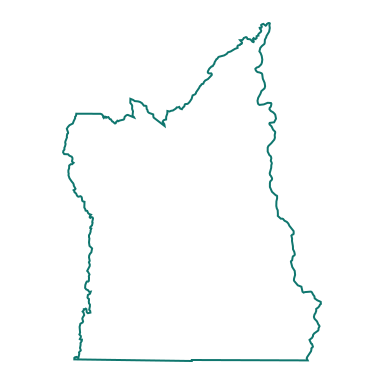 Rondolândia, Mato Grosso, Brazil (Natural Earth projection)
{"feature_id": "56859067B82212830929298", "entity_name": "Rondolândia", "entity_type": "district", "adm_level": 2, "iso_a3": "BRA", "parent_name": "Brazil", "parent_adm1": "Mato Grosso", "projection": "natural_earth1", "projection_center": [-60.996, -10.314], "detail": "fine", "context": "isolated", "style": "outline", "palette": "teal", "viewbox_px": 384, "rotation_deg": 0, "n_neighbors": 0, "source": "geoboundaries", "source_scale": "gbopen_adm2", "svg_char_len": 5843}
<svg xmlns="http://www.w3.org/2000/svg" viewBox="0 0 384 384"><path d="M191.8,361.0L191.8,360.0L307.7,360.4L306.7,358.3L307.1,357.2L311.0,351.3L311.4,349.6L311.3,348.8L311.7,347.9L312.5,347.4L312.9,346.6L312.0,344.0L311.1,343.5L309.5,339.9L312.1,337.8L313.0,336.1L313.0,335.1L314.1,333.5L318.1,330.6L318.5,329.8L318.5,328.4L319.5,326.3L319.2,325.4L318.4,324.6L317.0,321.4L314.5,318.7L313.9,316.9L314.5,314.4L315.3,313.4L316.2,311.0L316.2,308.9L318.3,307.4L319.5,305.8L319.9,304.7L320.9,303.9L320.7,301.8L317.3,300.3L314.7,298.4L314.4,296.3L313.1,294.6L311.9,292.3L310.9,291.6L304.9,292.1L303.6,292.6L302.5,291.7L301.4,286.7L297.8,285.3L294.2,281.0L293.9,280.2L294.1,278.4L295.1,274.9L294.7,270.9L292.3,267.1L290.9,261.7L291.2,261.0L292.1,260.4L292.7,256.9L293.0,256.3L294.5,255.3L294.8,254.3L294.3,251.9L293.0,249.2L292.9,246.2L292.0,240.9L292.1,238.7L291.4,235.6L292.4,234.6L293.4,234.3L293.7,233.3L293.6,231.1L289.4,225.8L288.3,223.5L286.8,221.9L284.5,220.7L283.1,219.0L282.4,218.7L280.8,218.7L277.8,215.9L277.9,214.2L277.7,210.2L276.8,208.4L276.3,206.0L276.4,201.4L277.1,198.4L277.1,196.0L276.6,195.5L275.8,195.3L272.0,191.8L269.9,187.0L269.9,183.2L270.2,181.5L271.8,179.8L272.1,178.9L272.0,178.1L271.0,176.1L270.0,174.9L269.7,173.2L271.2,167.9L271.3,165.2L271.8,163.6L271.7,162.7L270.8,160.8L271.3,158.3L271.1,157.1L270.7,156.2L269.4,155.1L267.7,151.6L267.7,147.6L268.4,146.0L271.3,143.2L274.3,139.6L274.9,137.7L274.7,135.0L275.2,132.8L275.1,131.7L273.1,129.7L271.5,126.3L269.6,124.5L269.4,123.5L269.7,122.9L274.1,122.3L276.0,118.7L275.3,115.0L274.7,113.9L273.1,112.3L270.8,111.0L269.5,109.3L269.6,108.1L270.8,106.6L271.1,105.5L271.4,103.9L270.9,103.0L267.7,102.8L263.8,104.4L259.5,104.9L258.4,104.2L257.9,103.1L257.5,100.8L258.2,97.8L260.4,93.9L261.4,91.1L264.5,88.4L265.1,86.4L265.0,85.3L264.6,82.8L262.8,78.7L262.2,74.2L261.6,73.3L259.7,72.5L257.6,72.1L256.5,71.3L255.5,69.7L255.4,68.7L256.8,67.5L258.7,66.9L261.2,64.4L261.9,62.6L262.3,59.6L261.7,55.9L260.6,53.1L259.4,51.4L260.3,47.9L261.8,46.1L264.3,44.0L264.7,42.9L264.9,39.7L266.2,37.3L266.4,36.2L269.1,31.7L269.8,28.0L269.4,25.3L269.8,23.4L269.1,23.0L268.3,23.1L266.9,24.0L266.3,25.3L265.7,25.7L263.3,23.9L262.1,24.3L261.1,25.1L261.8,26.7L261.5,27.5L260.9,28.1L260.3,27.7L259.7,27.8L259.9,28.7L260.8,29.7L261.2,30.7L261.0,31.7L258.7,33.8L258.1,34.9L258.4,35.6L256.6,36.2L256.6,38.1L255.9,38.4L255.6,39.1L254.6,38.8L253.7,38.1L253.0,38.9L253.8,41.4L253.5,42.1L252.5,41.8L250.8,39.8L250.0,39.3L247.5,39.0L246.8,37.5L246.0,37.1L243.8,38.0L243.0,39.4L242.1,40.1L240.1,40.2L242.0,42.5L241.9,43.4L241.4,44.0L240.4,44.1L240.0,44.9L238.0,45.5L237.4,46.3L237.6,47.9L234.9,48.9L230.6,51.5L228.0,52.3L226.7,53.9L224.2,55.4L218.9,56.8L218.2,57.3L217.3,58.8L216.5,59.1L214.6,62.3L214.3,63.8L213.7,64.4L213.0,65.8L212.4,66.3L211.6,66.4L210.3,67.7L209.3,68.7L207.9,71.3L207.8,72.3L208.3,73.1L209.2,73.4L211.3,73.4L211.8,74.2L211.7,75.1L207.9,79.1L205.2,80.5L203.9,82.1L203.3,83.7L201.6,84.2L200.9,85.4L199.9,86.2L199.2,87.8L196.1,92.3L195.8,93.5L194.9,94.4L192.6,95.4L191.6,98.9L189.6,101.9L188.1,103.5L187.4,103.9L185.2,104.1L184.6,105.0L184.3,106.4L182.9,107.6L181.9,109.2L180.2,108.6L179.2,106.9L178.0,107.4L176.7,107.4L175.8,108.6L172.9,110.5L171.1,110.8L169.5,111.5L167.4,111.0L167.3,113.6L166.2,116.7L166.1,119.5L164.3,119.9L163.3,120.6L162.7,121.8L164.3,124.2L164.6,126.0L153.7,117.6L153.4,116.9L153.2,114.4L149.3,113.0L148.3,112.3L147.7,111.4L147.5,110.1L146.7,109.0L146.4,106.2L145.8,105.8L143.9,105.7L142.0,103.2L140.1,102.0L138.1,101.4L134.8,101.1L133.1,99.9L130.4,98.8L130.3,102.9L131.7,104.6L132.2,105.8L132.1,108.9L133.0,111.3L132.5,115.8L133.8,116.9L134.1,117.5L127.8,114.9L126.8,115.1L126.0,115.6L124.7,116.8L124.2,118.9L123.6,119.6L119.4,120.6L118.5,121.2L117.4,120.7L116.9,121.5L116.2,121.9L115.7,123.2L115.0,123.5L113.6,122.4L113.1,121.8L112.2,121.4L110.8,119.3L109.8,119.1L108.4,117.1L107.4,117.4L106.8,117.1L106.1,117.7L105.6,116.8L104.9,116.6L103.8,118.0L103.2,117.2L103.0,115.7L101.8,114.3L100.5,113.8L76.3,113.7L76.0,115.8L75.1,116.8L75.1,118.3L73.8,120.9L72.8,123.5L69.5,125.2L67.9,127.0L66.8,128.8L68.1,132.5L68.0,133.4L67.2,134.0L66.8,136.3L67.0,137.3L65.4,141.4L65.2,142.9L65.6,143.9L65.1,146.1L64.4,147.7L64.4,149.6L63.4,150.8L63.1,152.4L64.2,154.1L68.1,154.3L69.4,155.7L71.7,156.7L72.4,157.9L72.5,159.1L72.0,161.0L72.1,161.7L73.6,162.8L72.1,164.2L70.8,164.2L69.2,165.5L69.1,168.3L68.4,170.3L68.4,172.4L68.7,173.4L68.5,175.3L69.5,178.3L71.6,181.4L73.2,183.3L73.7,184.5L73.8,185.7L75.5,188.8L75.1,189.4L73.6,190.2L74.4,191.3L74.5,192.2L76.1,193.5L76.9,195.4L77.7,196.4L78.5,196.7L80.5,196.2L81.4,196.8L81.8,197.6L82.2,200.7L83.2,201.5L84.5,201.8L84.3,207.5L85.3,209.3L85.6,210.6L87.2,210.9L88.2,213.2L89.2,214.0L91.0,214.7L89.9,216.0L89.7,217.3L90.3,217.9L91.7,217.1L92.7,217.6L93.0,218.6L92.2,222.1L92.6,222.7L92.0,225.4L90.4,226.9L90.2,228.0L91.3,228.5L90.6,230.3L90.6,231.7L89.9,233.8L89.0,235.2L89.0,237.2L89.4,238.4L89.0,242.4L89.5,245.9L92.1,248.4L91.3,252.4L90.1,253.7L89.2,255.5L89.0,257.3L89.7,260.9L88.9,262.2L89.8,264.7L89.7,266.1L87.2,270.9L87.7,271.3L89.5,274.4L88.8,276.2L89.0,277.4L88.9,280.4L88.7,281.1L88.1,281.6L87.1,281.4L86.3,282.3L85.3,285.0L85.1,287.9L86.2,289.4L88.2,290.3L88.9,291.6L89.7,291.9L90.7,291.7L90.0,293.7L87.9,295.0L87.5,297.5L87.9,298.3L88.9,298.9L89.0,300.1L88.8,301.5L89.0,303.4L89.9,304.5L89.9,306.3L89.2,309.7L90.2,311.0L90.4,312.6L87.9,313.2L87.2,312.7L86.7,312.0L86.4,309.2L85.7,308.6L84.8,309.1L83.8,309.2L83.8,310.2L82.6,311.6L83.5,312.5L84.2,315.1L82.7,317.5L82.3,318.8L83.1,321.4L82.6,322.5L80.4,323.7L79.6,326.9L80.1,332.7L79.4,334.5L80.7,335.8L80.9,336.6L80.7,337.6L79.8,339.1L80.7,339.7L81.9,339.7L81.8,340.9L80.5,343.1L80.6,344.9L80.0,348.0L80.8,350.2L80.4,351.0L79.6,351.6L79.0,352.5L79.3,353.8L78.4,357.7L76.5,356.9L75.0,357.3L74.3,357.9L74.3,359.4L191.8,361.0Z" fill="none" stroke="#0f766e" stroke-width="2"/></svg>